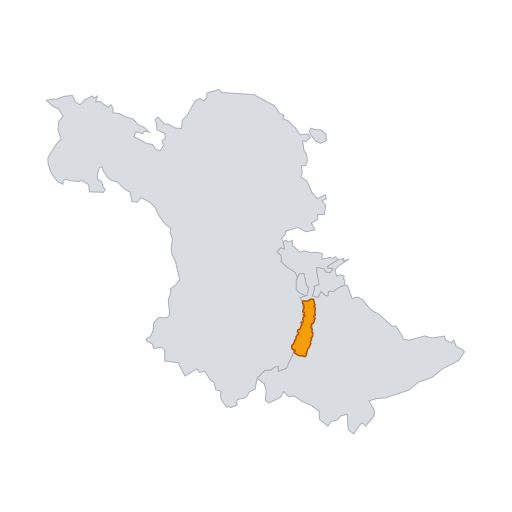 Nepal highlighted among its neighbors, rotated 259°
{"feature_id": "NPL", "entity_name": "Nepal", "entity_type": "country or territory", "adm_level": 0, "iso_a3": "NPL", "parent_name": "Asia", "parent_adm1": "", "projection": "albers", "projection_center": [84.322, 28.374], "detail": "fine", "context": "with_neighbors", "style": "filled", "palette": "amber", "viewbox_px": 512, "rotation_deg": 259, "n_neighbors": 4, "source": "natural_earth", "source_scale": "50m", "svg_char_len": 7291}
<svg xmlns="http://www.w3.org/2000/svg" viewBox="0 0 512 512"><g transform="rotate(259 256 256)"><path d="M264.9,285.5L265.7,288.4L263.5,290.1L264.5,294.7L259.5,293.8L251.2,300.0L251.8,304.4L248.5,311.1L248.5,314.9L245.9,321.5L240.2,320.2L240.5,328.1L239.1,330.8L240.1,334.0L236.7,336.1L232.1,324.2L230.2,324.4L229.3,329.3L225.2,325.6L227.1,321.1L230.3,320.4L233.1,313.7L229.0,312.7L215.8,312.5L215.0,307.1L211.6,306.9L206.0,303.8L203.8,309.1L208.9,313.0L204.7,316.0L203.2,318.9L207.6,320.8L206.5,325.5L209.2,331.1L210.6,337.4L209.7,340.2L195.9,342.2L196.4,347.9L192.6,352.5L182.2,357.8L173.9,366.7L160.8,376.4L160.7,379.8L150.0,384.2L146.5,384.5L144.0,390.1L145.4,406.2L141.9,413.1L141.4,425.7L137.3,425.9L133.4,431.4L135.8,433.9L128.4,435.6L125.4,440.5L122.1,442.4L114.9,435.1L109.4,416.9L103.3,405.8L101.2,391.5L95.2,380.6L92.1,355.8L93.0,346.6L92.3,339.3L81.4,342.8L76.4,341.3L68.1,331.0L71.9,328.7L70.2,325.4L62.7,317.9L68.1,313.4L83.4,315.3L82.8,308.5L79.4,304.2L79.3,298.2L75.2,294.2L83.6,287.1L91.4,288.5L99.3,281.2L104.2,273.8L111.3,266.7L111.7,261.2L117.6,257.2L112.6,253.0L109.1,240.7L112.5,237.7L122.0,240.3L129.2,239.6L135.7,233.6L142.1,242.9L141.2,249.1L143.6,253.1L143.2,257.0L138.6,255.8L140.0,264.4L155.3,275.2L151.0,278.6L148.1,285.7L169.8,297.2L179.2,298.2L183.1,302.1L196.8,304.4L202.6,304.1L202.6,292.9L206.7,291.1L207.7,298.7L214.1,301.4L218.3,299.9L229.8,299.6L229.9,294.8L227.0,292.5L232.4,291.2L238.2,285.1L245.5,279.5L251.3,280.9L255.8,277.2L259.4,281.7L257.5,285.2L264.9,285.5Z" fill="#d9dde1" stroke="#a8b0b8" stroke-width="1"/><path d="M236.7,336.1L236.9,341.6L234.3,340.6L235.2,346.7L230.6,335.4L227.4,331.1L220.8,331.2L221.6,334.3L219.6,338.7L216.4,337.3L215.5,338.7L210.6,337.4L209.2,331.1L206.5,325.5L207.6,320.8L203.2,318.9L204.7,316.0L208.9,313.0L203.8,309.1L206.0,303.8L211.6,306.9L215.0,307.1L215.8,312.5L229.0,312.7L233.1,313.7L230.3,320.4L227.1,321.1L225.2,325.6L229.3,329.3L230.2,324.4L232.1,324.2L236.7,336.1Z" fill="#d9dde1" stroke="#a8b0b8" stroke-width="1"/><path d="M223.9,290.6L229.9,294.8L229.8,299.6L218.3,299.9L214.1,301.4L207.7,298.7L207.5,297.1L211.8,291.2L215.4,289.1L223.9,290.6Z" fill="#d9dde1" stroke="#a8b0b8" stroke-width="1"/><path d="M362.3,348.1L355.9,347.1L354.3,340.7L357.2,336.6L364.6,332.8L368.7,332.1L370.9,334.6L368.5,338.5L367.8,343.2L362.3,348.1ZM152.8,182.4L152.5,178.2L156.5,176.4L151.7,163.4L166.1,159.2L170.4,146.3L181.5,148.6L184.6,145.4L184.7,138.2L189.3,137.4L193.4,132.6L195.5,132.0L197.1,136.9L201.9,140.5L209.9,142.9L214.1,148.4L212.4,157.0L214.6,160.1L229.2,161.4L236.5,165.4L240.2,165.9L243.4,172.4L247.3,176.5L266.0,175.9L273.6,173.8L279.5,174.1L288.8,177.3L295.9,176.1L298.9,178.0L305.0,172.8L313.9,168.5L322.4,166.4L328.6,162.4L335.3,154.3L331.4,149.8L333.2,144.5L342.6,144.5L347.2,139.3L354.9,134.4L357.7,128.7L360.9,125.6L368.5,122.4L373.0,121.9L372.9,119.3L366.6,115.9L361.6,115.0L358.3,118.7L352.7,119.1L349.9,120.8L347.7,118.3L350.8,104.6L357.8,105.4L364.0,98.9L363.0,96.0L365.5,87.6L367.7,84.6L366.5,81.0L363.3,80.3L366.4,75.8L372.3,72.6L378.8,70.3L386.9,69.6L392.1,70.4L403.7,81.2L408.0,87.0L417.7,85.7L425.6,88.0L430.2,93.3L438.0,90.1L441.3,85.6L448.8,80.0L448.8,87.1L447.9,90.4L449.3,98.4L448.6,106.4L441.7,107.9L438.1,112.2L441.9,117.5L444.4,125.9L441.7,127.2L443.2,130.7L438.0,128.0L437.4,132.7L430.0,139.0L432.3,142.4L427.4,143.9L423.9,142.7L421.9,149.1L417.0,155.1L414.0,161.3L406.7,166.1L403.5,170.8L397.9,174.8L399.9,170.5L397.8,168.1L400.8,161.8L396.6,159.0L387.4,170.1L385.2,175.9L379.6,177.9L377.6,182.1L382.1,186.2L387.3,186.0L388.4,189.2L393.8,189.9L398.8,182.7L405.0,183.8L408.9,182.8L411.1,186.3L403.3,191.0L401.7,195.8L397.0,201.3L395.4,207.3L403.2,209.4L407.8,215.9L419.7,225.7L421.4,231.2L418.1,234.4L420.8,237.9L425.3,238.9L426.5,251.6L423.1,253.4L414.8,284.8L399.6,303.2L392.0,306.1L388.6,310.4L385.6,308.6L382.6,313.3L373.7,319.4L366.5,322.2L365.8,330.6L362.0,331.9L358.9,326.9L360.0,323.7L350.0,323.2L346.9,325.1L339.4,324.6L335.5,322.1L335.8,317.6L329.1,317.4L325.2,315.2L319.9,320.2L307.6,323.1L300.6,327.1L302.9,335.7L299.0,336.0L297.5,331.2L292.6,334.1L283.6,331.0L284.9,324.4L280.2,323.5L277.7,316.6L270.4,318.8L270.3,309.6L276.1,302.4L274.7,290.3L271.5,288.8L268.8,284.5L264.9,285.5L257.5,285.2L259.4,281.7L255.8,277.2L251.3,280.9L245.5,279.5L238.2,285.1L232.4,291.2L227.0,292.5L223.9,290.6L215.4,289.1L211.8,291.2L207.5,297.1L206.7,291.1L202.6,292.9L186.9,290.7L181.4,287.3L176.1,285.8L173.9,282.1L170.1,281.0L163.4,275.9L158.1,273.4L155.3,275.2L140.0,264.4L138.6,255.8L143.2,257.0L143.6,253.1L141.2,249.1L142.1,242.9L135.7,233.6L125.5,229.8L124.1,223.9L119.7,220.0L118.8,217.7L118.7,210.4L115.1,208.4L113.0,209.0L112.1,201.9L114.0,200.3L113.3,198.5L119.3,195.4L123.6,194.2L129.9,195.7L132.4,191.0L140.1,190.6L142.4,187.7L151.9,184.1L152.8,182.4Z" fill="#d9dde1" stroke="#a8b0b8" stroke-width="1"/><path d="M202.5,292.9L202.8,293.1L202.9,293.5L202.8,293.8L202.6,294.7L202.3,295.3L202.1,296.5L201.9,298.6L201.9,299.0L202.8,300.2L203.1,301.1L203.2,301.7L202.9,302.8L202.5,304.0L202.3,304.3L202.1,304.4L201.1,304.0L200.4,304.1L199.6,304.3L198.8,304.3L198.1,304.2L197.2,304.7L196.4,304.5L195.9,304.2L195.5,303.4L195.3,303.2L193.6,304.2L193.2,304.2L192.1,303.8L191.2,303.3L190.8,303.2L190.0,303.0L189.2,302.9L188.4,302.7L187.3,303.0L186.9,303.0L186.5,302.7L186.3,302.2L186.2,301.7L185.9,301.3L185.3,301.2L184.5,301.6L183.4,302.0L183.1,301.9L182.7,301.8L182.6,301.7L182.4,301.2L182.0,301.1L181.5,301.0L181.0,300.6L179.2,299.7L179.0,299.3L179.0,298.5L178.9,298.1L178.7,297.7L177.8,297.3L176.1,296.7L175.2,296.2L174.7,296.5L173.8,296.7L173.4,297.1L172.8,297.0L171.5,296.5L170.8,296.4L170.3,296.6L170.2,296.8L169.7,297.1L169.2,296.9L168.1,296.6L167.2,296.4L165.9,296.0L165.7,295.4L165.5,294.8L165.2,294.6L164.0,294.7L162.9,294.1L161.7,293.2L161.2,292.9L160.8,292.8L160.5,292.9L160.2,293.1L159.9,293.2L159.3,292.8L158.4,292.3L157.4,291.6L156.3,290.7L155.8,290.2L155.6,289.8L155.3,289.5L154.3,288.8L153.5,288.4L152.6,287.8L152.4,287.7L152.0,287.3L151.5,286.9L151.0,286.8L150.9,287.0L150.7,287.2L150.3,287.2L149.7,286.7L149.1,286.3L148.5,285.8L148.0,285.4L147.9,285.1L148.2,284.1L148.5,283.3L148.8,283.2L149.2,282.6L149.4,281.7L149.4,280.9L149.9,279.7L150.5,278.5L151.5,277.3L152.0,276.9L152.4,276.6L153.4,275.6L153.6,275.5L154.0,275.2L154.4,275.2L154.7,275.3L154.9,275.8L155.3,276.3L155.7,276.3L156.3,275.9L157.4,274.1L158.9,273.7L160.3,273.9L161.6,274.2L161.9,274.9L162.2,275.5L162.3,275.9L162.7,276.3L164.5,277.2L165.5,278.1L166.9,279.3L168.0,279.8L168.9,279.8L169.4,280.3L170.2,281.2L170.9,282.2L171.8,283.2L172.4,283.1L173.2,282.8L174.1,282.4L174.7,282.6L175.3,282.9L175.4,283.4L175.8,284.3L176.1,285.3L176.7,285.6L177.3,286.1L177.7,286.5L179.0,287.2L179.1,287.5L179.4,287.7L179.7,287.8L180.0,288.0L180.3,288.0L181.8,287.6L182.2,287.6L182.4,287.7L182.4,287.9L182.2,288.6L181.9,289.4L182.2,289.9L182.8,290.0L184.1,290.2L185.9,290.1L186.5,290.6L187.1,291.2L187.6,292.3L187.9,292.8L188.1,292.9L188.6,292.7L188.7,292.3L188.7,291.6L189.1,291.3L189.3,291.5L189.6,292.0L190.4,292.5L191.0,292.7L191.5,292.7L191.9,291.5L192.3,291.4L192.8,291.4L193.0,291.6L193.3,292.0L193.9,292.1L194.5,292.4L195.1,292.7L196.0,293.3L197.0,293.4L198.2,293.4L198.8,293.4L199.2,293.4L199.6,293.4L200.8,292.8L201.3,292.8L202.0,292.8L202.5,292.9Z" fill="#f59e0b" stroke="#b45309" stroke-width="1.5"/></g></svg>